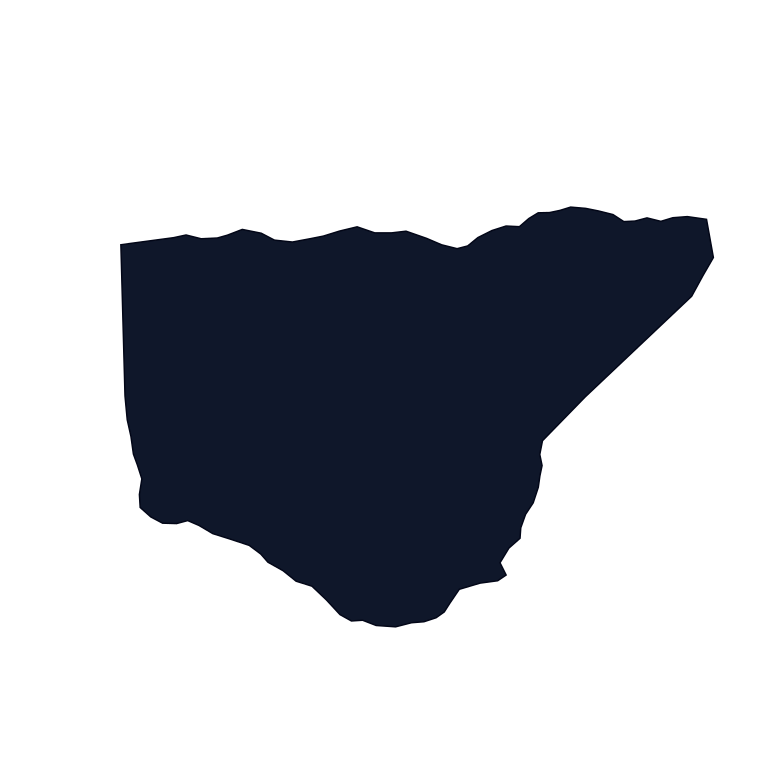 Ouriçangas, Bahia, Brazil, rotated 284°
{"feature_id": "56859067B43695486502690", "entity_name": "Ouriçangas", "entity_type": "district", "adm_level": 2, "iso_a3": "BRA", "parent_name": "Brazil", "parent_adm1": "Bahia", "projection": "natural_earth1", "projection_center": [-38.654, -12.01], "detail": "fine", "context": "isolated", "style": "filled", "palette": "ink", "viewbox_px": 768, "rotation_deg": 284, "n_neighbors": 0, "source": "geoboundaries", "source_scale": "gbopen_adm2", "svg_char_len": 1274}
<svg xmlns="http://www.w3.org/2000/svg" viewBox="0 0 768 768"><g transform="rotate(284 384 384)"><path d="M287.2,143.5L271.8,151.2L255.4,157.8L245.8,164.3L233.4,172.0L217.6,173.4L205.2,177.3L198.6,189.9L195.4,202.8L198.4,216.5L204.0,226.6L202.0,238.7L197.4,254.1L196.4,270.9L194.8,292.3L189.2,305.6L183.0,314.5L178.4,331.3L171.4,346.4L170.4,363.0L160.6,380.3L149.6,397.1L146.2,409.7L149.6,420.4L147.8,434.8L151.2,454.0L159.0,468.4L163.0,480.3L169.8,491.1L177.4,497.6L187.2,500.9L203.0,506.7L214.0,525.3L220.6,541.9L228.2,548.7L238.6,539.8L255.0,544.9L267.2,553.3L277.6,551.5L291.8,552.9L304.8,557.5L321.1,558.7L332.5,557.5L343.1,557.1L353.3,552.2L367.3,551.5L420.1,582.3L543.6,661.3L566.2,667.2L586.4,673.0L621.8,657.1L619.8,637.8L615.2,624.0L608.8,613.3L608.8,599.0L602.8,588.1L599.6,577.4L603.8,565.2L603.8,550.3L603.2,537.2L600.8,522.3L595.0,512.7L590.4,503.2L587.4,492.2L579.6,484.5L569.4,477.3L566.8,464.2L559.0,451.6L548.8,439.7L538.2,431.8L533.0,422.2L533.0,406.2L535.6,390.1L537.6,368.4L532.4,354.6L528.4,338.5L530.0,319.9L521.6,303.8L512.8,289.3L507.2,277.4L499.6,260.8L497.1,242.9L500.6,228.4L499.7,209.1L490.5,196.0L485.3,186.9L480.7,171.5L480.7,155.9L475.1,144.5L455.5,95.0L309.7,135.6L287.2,143.5Z" fill="#0f172a" stroke="#020617" stroke-width="1.5"/></g></svg>